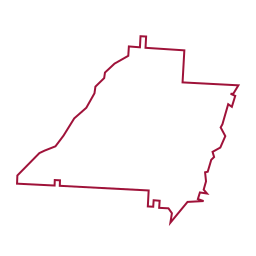 Appling, Georgia, United States of America, rotated 93°
{"feature_id": "52423323B88346706041941", "entity_name": "Appling", "entity_type": "district", "adm_level": 2, "iso_a3": "USA", "parent_name": "United States of America", "parent_adm1": "Georgia", "projection": "robinson", "projection_center": [-82.264, 31.719], "detail": "fine", "context": "isolated", "style": "outline", "palette": "rose", "viewbox_px": 256, "rotation_deg": 93, "n_neighbors": 0, "source": "geoboundaries", "source_scale": "gbopen_adm2", "svg_char_len": 811}
<svg xmlns="http://www.w3.org/2000/svg" viewBox="0 0 256 256"><g transform="rotate(93 128 128)"><path d="M220.3,80.7L198.7,64.7L197.0,48.7L195.3,54.5L188.6,52.8L189.3,45.7L185.6,49.2L177.2,47.3L168.2,48.7L167.5,46.1L155.4,43.2L152.5,40.5L147.4,42.3L142.7,34.8L131.0,30.4L122.6,35.5L119.3,33.9L99.0,29.2L101.4,25.4L90.3,22.6L88.5,27.3L88.2,24.6L79.6,20.0L79.6,75.9L47.5,75.8L47.0,114.7L35.7,114.7L35.7,120.3L46.8,120.3L46.5,131.4L55.9,131.5L64.4,144.8L73.8,153.9L79.4,154.4L88.4,162.7L95.1,163.3L110.0,170.7L121.2,182.2L139.0,192.0L150.1,199.5L154.9,210.0L157.7,215.2L181.2,236.0L189.4,235.9L189.3,198.3L183.8,198.4L183.8,193.2L189.3,193.1L189.3,110.8L189.3,104.1L205.3,104.1L205.3,98.7L198.8,98.6L199.0,92.6L206.1,92.7L206.1,83.4L210.8,79.7L220.3,80.7Z" fill="none" stroke="#9f1239" stroke-width="2"/></g></svg>